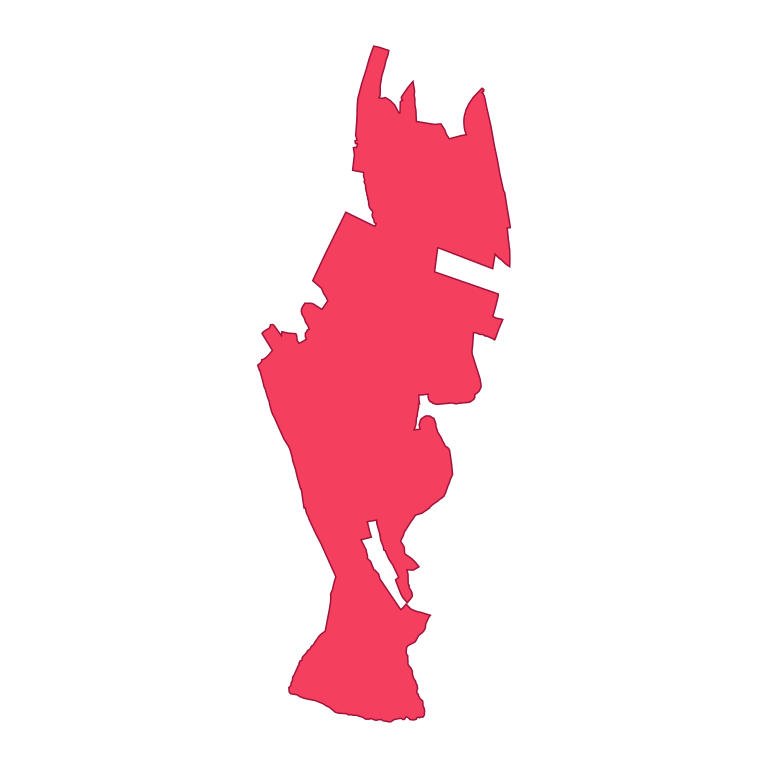 the district of Dumesti, Iasi, Romania
{"feature_id": "2599482B70214300511260", "entity_name": "Dumesti", "entity_type": "district", "adm_level": 2, "iso_a3": "ROU", "parent_name": "Romania", "parent_adm1": "Iasi", "projection": "orthographic", "projection_center": [27.344, 47.173], "detail": "fine", "context": "isolated", "style": "filled", "palette": "rose", "viewbox_px": 768, "rotation_deg": 0, "n_neighbors": 0, "source": "geoboundaries", "source_scale": "gbopen_adm2", "svg_char_len": 6095}
<svg xmlns="http://www.w3.org/2000/svg" viewBox="0 0 768 768"><path d="M415.6,515.1L422.0,513.2L429.6,507.9L429.6,507.3L433.0,504.4L437.7,501.1L440.0,499.1L440.9,498.7L444.1,496.0L445.7,492.4L448.0,485.7L449.4,482.6L450.0,480.2L452.6,474.4L451.6,464.3L449.6,450.3L448.9,449.0L447.7,447.6L445.2,446.2L444.6,444.5L442.5,440.7L440.9,437.2L437.8,432.2L436.0,426.6L435.8,423.6L433.8,418.2L432.6,417.9L430.6,416.4L429.5,416.0L426.0,415.9L424.7,416.5L421.4,418.8L420.6,419.9L419.1,424.8L420.0,429.2L414.0,429.8L415.3,426.8L416.1,423.3L416.4,418.3L417.3,415.7L417.5,412.6L418.7,406.6L418.4,404.2L419.6,404.0L419.0,400.0L418.8,395.0L422.6,394.9L428.1,394.1L428.2,397.7L428.8,399.6L429.6,400.9L430.4,401.8L431.9,402.3L433.0,403.4L436.9,404.4L452.3,402.9L454.2,403.6L456.9,403.8L458.4,403.3L468.2,402.4L470.1,402.0L473.8,399.3L474.7,397.8L474.9,396.7L474.7,394.7L477.4,392.8L479.0,391.3L481.1,387.0L481.0,384.5L480.0,378.7L472.2,354.1L472.0,351.1L472.6,345.5L473.5,332.6L476.2,332.9L479.5,334.3L482.9,334.6L484.1,335.2L485.0,336.0L487.2,336.2L493.0,338.8L494.6,339.9L495.3,338.7L498.7,329.1L502.8,319.5L496.2,318.1L493.2,316.6L492.8,315.9L493.7,313.6L496.1,304.7L498.3,295.5L498.3,294.0L434.6,271.9L437.7,247.6L492.7,268.7L495.1,254.2L498.5,257.7L500.0,259.0L501.2,259.6L505.6,263.9L509.7,266.7L509.9,258.6L509.7,249.2L509.2,247.5L509.0,243.8L508.5,240.7L507.2,227.9L510.3,227.7L510.0,225.1L506.3,203.0L504.7,192.6L503.6,190.8L500.0,174.6L497.3,159.3L494.4,145.8L491.0,126.5L486.4,106.1L484.9,98.4L484.1,95.7L483.1,93.8L482.0,92.5L483.6,91.5L483.5,90.7L483.9,89.6L482.0,88.2L473.2,97.4L468.7,104.2L466.1,109.6L464.3,116.3L463.9,120.0L463.9,123.1L464.3,128.0L465.0,131.1L466.3,134.7L461.5,135.5L449.3,138.8L446.3,134.2L444.8,129.9L440.9,123.9L434.5,124.4L416.4,121.5L415.9,110.4L414.9,104.5L414.9,99.0L414.2,95.2L414.6,91.3L413.0,81.4L407.8,87.6L401.5,96.8L401.3,97.8L401.7,98.3L401.5,99.0L402.7,100.1L400.3,101.6L400.0,112.7L398.9,113.0L394.7,105.0L390.2,100.5L385.3,97.5L382.7,98.3L379.8,98.1L378.9,97.7L380.0,96.0L380.3,92.4L380.2,86.3L381.8,75.9L384.4,67.4L386.3,59.1L386.9,58.1L388.1,54.4L388.8,50.5L379.6,47.4L373.7,46.1L369.4,58.1L366.1,69.8L361.6,84.0L357.8,98.6L357.3,104.9L356.9,118.3L355.8,134.0L355.6,135.3L357.1,140.0L355.0,140.8L355.4,143.3L356.1,143.9L357.2,143.4L357.5,143.7L357.5,144.7L357.4,145.3L356.2,147.6L355.2,147.3L353.4,147.7L354.4,154.9L352.6,170.3L363.5,172.4L363.7,173.9L363.5,175.4L364.7,180.4L364.5,181.1L364.1,181.4L364.5,183.0L365.0,183.7L365.6,185.4L365.5,186.1L365.8,187.3L365.5,188.3L366.1,189.3L365.9,190.4L366.8,193.2L367.0,195.6L367.6,196.5L367.7,198.9L368.3,199.8L368.3,200.9L368.9,203.3L368.5,204.2L369.2,206.2L369.4,207.4L371.0,209.7L371.9,210.1L372.1,211.0L372.6,211.7L372.5,214.0L372.2,214.4L372.2,215.5L372.4,216.8L372.7,217.7L373.6,218.8L374.3,222.4L374.6,222.8L376.1,223.4L375.9,224.5L374.9,226.2L373.2,225.6L345.8,212.2L324.5,255.6L312.7,280.7L321.6,288.4L323.5,293.2L325.8,296.7L327.8,300.8L321.9,309.4L313.1,303.8L310.3,303.2L306.4,303.3L305.0,303.1L302.4,307.0L301.4,309.5L301.3,311.2L301.9,314.1L304.3,318.2L305.6,322.3L307.5,325.1L309.3,329.1L307.2,330.1L306.6,332.0L305.4,332.9L305.3,335.9L305.4,336.9L306.4,339.1L304.1,340.7L299.0,343.4L297.1,340.1L296.7,335.6L295.8,333.7L288.0,333.1L281.9,331.7L281.4,335.7L273.9,325.3L272.6,324.5L270.5,324.8L269.5,328.0L264.0,331.3L263.1,332.0L262.0,333.5L272.4,350.4L268.2,355.5L266.3,357.3L263.7,359.2L261.7,359.7L261.6,361.5L261.3,361.9L260.3,363.2L258.1,364.8L257.7,365.4L259.1,369.0L259.1,369.9L259.8,370.3L262.8,381.2L264.0,386.5L265.2,389.1L267.5,397.1L269.3,401.9L269.5,403.8L271.5,411.5L273.2,415.5L275.0,418.6L275.6,420.4L283.9,439.0L288.5,446.2L289.9,449.3L292.4,458.0L292.3,458.9L293.1,462.0L295.3,468.6L297.2,476.7L300.6,489.0L301.3,489.0L304.0,507.9L305.1,507.7L306.3,512.5L308.4,517.1L309.0,519.1L316.3,534.7L320.9,543.4L335.9,576.8L334.1,582.1L334.0,583.6L333.4,585.1L332.7,589.1L330.5,594.2L330.8,596.7L330.6,601.7L329.3,609.9L325.2,631.2L321.5,633.8L319.2,636.0L314.4,642.9L313.4,645.0L312.6,645.3L311.3,646.5L310.1,648.8L309.3,649.7L307.9,650.4L306.2,653.1L302.8,656.7L302.2,657.9L301.9,660.4L299.9,661.0L299.0,663.5L299.0,664.7L298.2,665.8L293.9,675.5L292.8,676.7L292.4,680.5L291.1,682.9L291.0,685.5L288.8,687.5L289.2,691.8L289.5,692.5L290.8,693.8L297.2,694.8L299.7,696.6L304.1,698.3L315.6,700.7L322.6,703.5L326.7,706.1L329.3,707.2L335.3,712.2L338.6,713.2L346.5,713.7L348.6,714.9L351.3,714.7L353.0,715.2L356.9,715.3L358.6,716.1L362.8,717.2L365.7,719.2L369.9,719.1L371.1,718.5L374.9,720.1L377.0,720.2L378.1,719.7L381.5,719.6L382.9,720.7L389.5,721.9L391.2,721.6L393.9,719.7L398.1,718.7L401.2,718.4L403.1,719.6L404.1,719.4L404.9,718.9L405.7,717.1L406.2,716.9L407.2,717.1L409.5,718.9L409.8,719.5L413.4,720.0L416.1,719.4L416.5,718.9L416.5,718.1L417.2,717.6L418.7,717.3L419.7,717.8L420.8,716.8L422.1,717.2L423.2,716.9L424.3,715.0L424.6,710.8L424.1,708.0L422.9,705.7L423.0,704.1L422.7,701.1L422.2,700.4L420.4,699.2L418.6,696.0L418.3,694.3L416.7,692.7L416.9,690.8L417.6,688.3L417.1,685.2L415.9,683.0L415.7,681.3L414.0,678.9L413.1,676.7L412.4,673.7L412.4,671.5L412.0,670.4L411.0,668.2L408.3,665.0L407.9,663.5L408.0,660.7L407.7,659.4L407.8,655.8L406.5,654.2L406.2,651.1L406.7,647.5L407.3,646.4L408.5,645.3L414.9,642.1L415.9,640.7L418.6,635.5L422.0,632.9L424.0,630.7L425.3,628.0L425.8,623.8L428.9,617.1L430.4,615.3L421.3,612.5L416.3,611.3L411.6,609.4L410.2,608.4L406.1,604.1L403.4,607.4L400.7,609.7L380.0,579.1L378.6,574.0L374.9,570.1L373.9,569.7L370.6,561.4L367.3,558.3L367.6,556.6L366.0,549.6L361.0,539.8L371.4,537.1L370.1,533.3L367.3,521.7L376.8,520.1L376.7,523.2L379.6,533.4L380.8,540.4L383.2,546.4L383.7,549.5L384.0,550.2L385.3,550.8L389.0,559.3L392.8,565.0L398.6,577.2L398.7,577.4L395.6,579.7L396.3,582.3L401.1,594.5L403.1,597.9L407.3,602.8L411.8,597.2L412.2,596.3L412.3,594.8L411.8,592.4L411.1,590.8L409.1,587.7L409.2,585.4L408.3,584.0L408.2,583.3L408.0,574.1L406.9,569.8L413.3,570.1L419.0,566.8L415.7,562.6L411.8,558.7L405.1,554.1L404.7,553.3L404.3,547.7L404.0,546.7L400.6,541.1L403.7,534.7L403.6,534.1L404.5,531.8L410.9,521.8L415.6,515.1Z" fill="#f43f5e" stroke="#9f1239" stroke-width="1.5"/></svg>